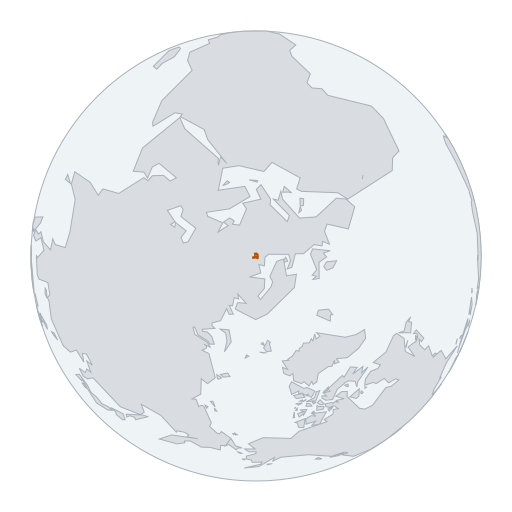 the Earth from above Vilniaus, rotated 177°
{"feature_id": "LTU-1075", "entity_name": "Vilniaus", "entity_type": "County", "adm_level": 1, "iso_a3": "LTU", "parent_name": "Lithuania", "parent_adm1": "", "projection": "orthographic", "projection_center": [25.254, 54.825], "detail": "fine", "context": "on_globe", "style": "filled", "palette": "amber", "viewbox_px": 512, "rotation_deg": 177, "n_neighbors": 0, "source": "natural_earth", "source_scale": "10m", "svg_char_len": 12483}
<svg xmlns="http://www.w3.org/2000/svg" viewBox="0 0 512 512"><g transform="rotate(177 256 256)"><circle cx="256" cy="256" r="225" fill="#eef3f6" stroke="#a8b0b8"/><path d="M111.8,83.0L133.0,67.7L119.8,76.5L127.8,70.8L127.3,71.1L141.2,62.7L152.0,56.8L169.2,50.9L180.8,53.0L174.4,54.8L177.9,55.5L186.1,53.5L190.7,52.0L214.0,54.8L241.4,53.8L249.9,50.3L248.2,53.9L264.1,45.6L278.9,44.9L262.3,47.8L260.7,49.9L270.7,50.2L271.2,52.4L276.4,53.9L276.1,56.7L266.5,58.6L266.1,60.6L273.2,60.7L277.5,63.9L267.0,63.3L273.3,68.9L258.3,74.2L230.6,72.0L222.3,78.7L193.8,86.9L196.4,89.1L187.3,94.1L186.9,98.6L181.8,99.3L185.9,102.4L190.7,101.0L194.2,102.0L194.4,104.7L187.8,105.8L186.8,104.6L185.0,106.4L181.6,105.9L183.4,107.6L175.4,108.9L183.6,111.7L177.4,116.1L172.0,115.9L172.3,110.7L160.6,98.5L155.3,97.4L147.5,100.8L133.2,117.8L127.4,119.1L119.8,124.7L123.0,126.1L130.2,122.4L134.4,127.0L142.7,122.3L145.6,123.6L154.2,121.3L153.1,127.5L147.4,134.9L140.2,137.3L137.5,140.8L144.5,143.5L131.3,153.2L122.9,169.2L119.5,171.3L112.4,165.9L111.9,152.9L102.8,147.4L108.9,157.1L100.2,162.9L98.8,166.6L99.4,170.0L102.8,170.3L99.9,173.8L92.7,165.2L95.3,161.8L97.5,164.5L97.2,158.6L92.4,153.5L88.3,157.3L85.2,146.9L82.3,149.6L80.0,149.0L84.9,145.3L76.1,152.0L71.8,143.4L59.7,155.8L71.4,139.4L75.4,131.7L79.2,123.9L77.2,125.7L85.0,113.9L87.5,108.2L81.6,113.4L77.2,119.0L87.8,106.1L99.4,94.1L111.8,83.0ZM69.6,129.6L65.5,135.8L66.2,135.4L62.1,143.3L58.4,147.8L69.6,129.6ZM57.6,149.2L50.1,165.0L48.2,169.0L57.6,149.2ZM39.0,195.4L38.2,198.4L38.4,199.2L37.7,206.1L35.2,213.5L36.7,212.4L34.9,221.3L34.9,240.9L34.3,241.0L33.9,266.7L37.5,289.1L38.3,299.0L37.5,300.2L39.6,307.7L39.7,310.0L51.7,339.6L60.8,358.7L62.6,366.2L58.9,364.2L60.7,368.3L53.1,353.9L46.6,339.0L41.1,323.7L36.8,308.0L33.6,292.1L31.6,275.9L30.8,259.7L31.1,243.4L32.6,227.2L35.2,211.2L39.0,195.4ZM56.7,158.7L47.5,182.7L49.6,172.9L49.7,173.9L52.7,166.9L57.2,156.2L59.9,148.5L56.7,158.7ZM59.8,160.7L61.1,157.1L60.2,160.2L59.8,160.7ZM192.7,51.1L186.2,53.3L178.6,54.5L183.9,52.4L192.7,51.1ZM207.3,50.1L204.4,51.5L200.8,50.0L203.5,49.7L207.3,50.1ZM255.8,47.5L250.5,47.8L255.5,46.9L255.8,47.5ZM277.2,53.7L278.5,53.0L280.6,54.1L277.2,53.7ZM154.2,118.1L154.1,119.7L152.6,119.3L154.2,118.1ZM157.9,115.8L156.1,114.2L157.6,112.9L158.7,113.8L157.9,115.8ZM282.1,59.5L285.1,61.8L280.4,59.8L282.1,59.5ZM159.8,118.0L160.5,110.7L163.3,108.5L169.7,110.4L159.8,118.0ZM285.7,63.3L293.0,69.2L296.6,68.0L290.5,75.1L286.3,67.5L280.0,65.1L284.6,65.1L285.7,63.3ZM192.2,99.4L187.1,101.0L191.1,97.3L192.2,99.4ZM193.9,96.8L201.4,84.7L209.1,84.0L205.0,88.0L214.8,85.4L214.8,90.9L209.5,93.6L204.5,93.0L208.3,95.7L193.9,96.8ZM285.9,78.3L286.3,80.1L284.1,78.6L285.9,78.3ZM195.9,102.1L196.7,99.6L203.4,98.7L202.9,103.6L200.9,102.3L195.9,102.1ZM217.3,82.1L222.2,82.5L223.6,87.0L225.7,87.8L215.5,91.0L217.3,82.1ZM199.5,103.9L202.5,106.2L199.6,109.1L195.5,104.6L199.5,103.9ZM205.3,96.5L208.5,96.4L206.6,98.0L205.3,96.5ZM190.8,121.2L191.7,117.9L195.2,117.1L190.8,121.2ZM203.9,106.9L204.9,105.9L206.4,105.3L207.7,107.4L203.9,106.9ZM217.1,94.1L216.7,96.0L221.4,93.0L222.6,96.5L215.6,98.1L219.1,98.9L219.5,100.0L213.3,100.1L217.1,94.1ZM213.5,107.8L205.0,111.4L202.7,117.4L199.4,118.2L203.8,108.4L213.5,107.8ZM214.0,103.2L213.0,106.2L209.4,105.5L208.0,103.1L214.0,103.2ZM226.0,98.4L225.9,92.6L227.4,92.5L226.0,98.4ZM213.6,109.6L215.6,108.8L213.8,110.1L213.6,109.6ZM222.9,101.9L222.7,99.8L224.5,99.8L222.9,101.9ZM219.9,108.8L217.2,109.9L216.0,108.3L219.9,108.8ZM221.9,105.8L224.3,106.2L217.3,107.0L221.5,104.8L221.9,105.8ZM224.6,102.2L225.6,101.5L224.5,103.1L224.6,102.2ZM225.7,114.7L217.1,116.2L214.7,112.4L223.3,111.5L225.7,114.7ZM121.5,386.6L107.7,353.5L114.4,346.9L115.5,334.2L161.3,308.0L171.2,314.9L207.4,318.2L211.9,320.9L207.8,331.7L235.1,348.7L243.7,340.0L268.3,347.1L284.6,345.4L290.2,323.6L263.5,326.1L258.8,315.7L280.0,304.5L303.3,302.2L302.2,298.2L287.4,290.9L292.6,282.0L282.3,287.7L286.6,291.6L280.2,295.4L275.9,292.2L277.9,289.0L270.8,287.7L263.0,303.7L266.5,309.4L248.1,312.5L252.2,322.5L247.3,327.0L238.5,312.0L239.3,306.4L223.0,288.7L220.5,294.7L235.7,312.0L231.0,310.5L227.8,319.4L226.5,311.4L210.6,291.6L193.9,291.9L172.8,309.6L163.1,308.1L154.8,300.0L162.4,278.2L183.4,284.2L186.3,277.1L182.0,264.0L188.7,267.1L189.5,262.7L197.5,264.3L208.5,255.8L216.6,256.2L220.8,242.8L225.5,241.4L221.7,249.6L223.3,255.9L243.2,257.1L247.1,254.3L248.2,245.6L253.6,247.3L252.1,238.8L263.6,235.4L248.4,232.7L249.4,223.1L256.2,215.8L253.8,212.3L242.7,224.2L240.7,229.5L243.3,234.8L235.5,249.6L228.7,251.5L226.6,234.6L216.6,235.7L219.3,222.6L247.8,197.4L259.7,192.5L279.5,204.1L276.8,210.4L268.3,209.2L276.2,219.0L275.6,214.0L280.0,215.6L282.0,207.4L285.3,208.1L281.7,199.1L285.9,199.2L288.1,204.9L294.7,193.3L303.4,191.5L303.4,188.5L300.8,185.9L313.6,185.6L313.0,183.5L308.6,182.7L304.5,178.1L302.2,170.1L306.8,170.4L308.2,173.3L318.0,180.3L321.1,188.5L322.7,187.9L321.1,180.9L309.1,172.3L306.5,167.4L312.6,170.5L310.2,169.0L310.3,166.7L314.7,164.8L308.1,161.0L303.1,136.6L311.1,131.0L317.1,136.3L318.4,120.9L327.3,116.7L323.2,115.9L321.0,108.6L318.2,109.8L316.1,108.9L309.3,91.7L311.3,88.2L303.7,80.7L301.6,80.4L299.8,82.5L290.5,75.1L296.6,68.0L301.1,68.9L301.9,64.2L312.0,67.3L320.7,68.0L331.3,74.8L337.2,75.0L336.8,73.2L344.7,72.5L362.1,78.3L349.7,81.7L323.8,76.6L334.5,79.1L332.6,81.1L336.7,83.7L344.2,85.6L344.8,84.2L359.3,101.8L378.3,113.9L375.8,105.8L379.9,103.7L399.3,112.5L425.2,142.9L430.9,142.1L435.0,145.4L438.3,153.1L432.5,148.5L430.9,152.1L427.0,148.5L430.4,160.0L425.1,155.5L430.4,167.0L434.5,167.8L433.5,159.0L440.3,171.5L446.4,169.7L453.2,176.5L463.7,203.9L465.1,222.0L466.5,225.4L463.9,228.0L465.2,240.4L474.0,244.3L475.4,248.8L475.3,268.5L474.4,265.7L467.5,272.7L469.7,285.4L475.1,282.5L477.1,288.3L474.5,293.8L472.0,289.3L469.5,291.5L467.7,281.5L460.9,272.9L458.0,283.8L455.9,277.9L446.0,274.4L440.6,289.6L433.6,321.8L436.6,337.6L432.5,349.6L417.6,338.1L410.4,324.9L405.4,331.0L389.8,325.6L364.0,340.1L360.0,336.9L355.2,341.6L344.1,341.3L337.9,335.3L331.4,338.3L347.9,353.6L354.9,350.3L360.3,339.5L363.6,345.7L374.2,347.0L363.7,369.8L324.8,398.3L320.5,386.8L288.4,355.3L289.1,350.6L288.9,350.1L288.5,349.2L286.1,357.0L280.4,349.9L298.0,374.6L301.2,385.1L324.2,399.1L322.2,401.6L329.4,403.3L352.1,391.0L352.3,395.0L341.9,416.1L310.1,444.7L314.1,454.8L311.4,463.0L291.1,470.8L292.4,474.4L281.9,476.9L280.9,478.4L272.1,480.2L257.7,481.2L233.7,480.1L232.5,479.7L221.0,476.5L205.2,464.7L211.6,459.5L209.6,453.4L192.2,435.1L196.0,426.3L191.3,420.9L181.5,419.6L176.0,412.8L170.1,410.9L132.9,399.7L121.5,386.6ZM145.9,327.2L144.7,331.1L145.9,327.2ZM328.5,310.2L342.1,306.2L335.1,294.4L339.7,292.0L335.6,289.0L334.5,293.6L324.4,284.8L329.9,278.5L327.8,272.7L323.1,273.8L314.6,286.9L329.0,299.4L326.3,306.1L328.5,310.2ZM35.0,241.4L34.7,245.3L34.5,242.1L35.0,241.4ZM48.2,174.2L47.0,178.3L45.9,181.3L46.4,178.7L48.2,174.2ZM42.6,207.6L42.0,212.8L41.9,208.6L42.6,207.6ZM46.5,186.4L42.9,203.7L42.7,196.4L45.2,185.7L44.4,191.4L46.5,186.4ZM56.9,162.5L55.8,165.4L55.0,165.8L56.9,162.5ZM59.1,163.0L59.3,162.1L60.5,160.0L59.1,163.0ZM100.6,163.4L101.1,164.2L100.9,168.0L99.5,166.9L100.6,163.4ZM109.5,182.0L104.6,187.2L107.1,182.5L104.1,181.7L105.6,171.2L117.8,171.9L112.0,173.3L109.5,182.0ZM111.1,157.8L108.7,164.1L110.8,157.2L111.1,157.8ZM186.2,238.0L188.9,241.9L185.8,246.5L175.7,247.0L179.9,240.1L186.2,238.0ZM193.4,246.5L194.1,230.2L200.5,229.6L196.8,232.6L200.9,233.9L196.1,239.1L201.5,254.9L199.1,260.1L181.6,257.4L188.6,255.3L185.5,251.4L193.4,246.5ZM184.8,193.2L185.2,187.1L198.4,193.6L196.5,198.6L186.3,199.1L182.5,193.5L184.8,193.2ZM171.0,123.3L170.3,121.3L172.1,120.8L174.2,122.3L171.0,123.3ZM190.9,119.7L176.0,132.2L174.4,130.3L167.6,140.3L160.8,139.5L165.5,133.0L155.1,140.1L156.6,133.9L150.0,139.3L161.1,124.9L162.1,119.9L163.6,125.7L169.8,126.5L172.8,125.4L181.9,118.6L187.0,108.7L193.9,108.3L197.5,110.6L197.4,112.9L192.9,112.4L195.9,115.9L189.3,116.9L190.9,119.7ZM235.4,143.4L230.3,141.0L235.3,149.8L228.7,150.2L229.7,151.2L224.9,154.1L220.9,159.5L217.9,158.8L217.7,161.3L214.5,163.4L213.2,166.5L207.3,166.5L205.1,170.5L203.6,168.2L201.4,175.1L200.4,170.0L196.3,172.6L199.5,176.2L171.2,170.2L160.1,172.3L151.4,176.9L150.8,168.1L158.5,158.3L170.2,149.7L180.9,149.3L178.7,145.6L183.2,144.3L183.1,147.8L185.9,141.8L189.6,141.8L200.0,135.3L201.9,127.1L205.7,124.7L206.8,127.9L209.9,123.4L214.5,127.9L217.4,126.3L224.9,129.5L225.3,136.8L228.5,134.6L234.3,137.1L235.4,143.4ZM227.7,115.8L229.7,124.1L227.1,128.5L215.2,121.3L212.0,122.0L204.2,118.0L208.1,111.8L210.0,113.5L212.7,113.7L210.4,115.5L214.3,114.3L216.9,116.6L220.7,116.3L220.3,119.0L227.7,115.8ZM217.1,317.2L220.6,318.2L226.1,318.3L224.1,324.1L217.1,317.2ZM206.0,303.9L209.2,303.6L209.1,311.5L205.4,310.7L206.0,303.9ZM211.0,297.0L209.3,303.0L208.1,299.3L211.0,297.0ZM224.6,249.0L228.0,248.4L228.3,250.4L226.4,253.3L224.6,249.0ZM248.7,171.2L246.2,168.8L247.2,167.6L245.7,160.3L250.4,159.7L253.2,163.8L248.7,171.2ZM285.6,327.9L280.9,332.6L278.5,330.9L280.6,329.6L285.6,327.9ZM251.0,329.7L258.9,332.4L250.4,331.3L251.0,329.7ZM253.6,169.3L252.4,166.3L255.6,167.9L253.6,169.3ZM253.8,158.8L257.5,159.9L250.8,158.7L253.8,158.8ZM348.6,450.8L332.0,465.7L321.8,468.8L320.5,467.0L327.1,459.2L339.3,453.4L345.4,447.7L348.6,450.8ZM476.4,302.8L477.2,298.6L477.6,296.7L476.4,302.8ZM477.1,299.3L474.5,306.4L466.8,306.2L469.6,300.1L476.8,292.2L476.5,295.3L478.1,292.2L477.1,299.3ZM480.3,277.2L480.1,278.8L479.9,275.3L480.1,269.4L480.6,264.9L479.5,234.4L479.8,231.2L480.8,242.1L481.3,259.6L480.3,277.2ZM437.6,338.2L442.4,342.6L439.7,347.3L437.6,338.2ZM476.8,218.2L478.8,231.0L476.2,217.0L476.8,218.2ZM473.9,207.4L475.0,209.7L474.2,210.0L473.9,207.4ZM468.6,229.4L468.2,234.9L467.1,233.0L466.9,224.9L468.6,229.4ZM458.5,182.4L462.6,188.2L464.0,191.1L461.8,189.9L458.5,182.4ZM292.5,162.0L289.4,172.7L290.3,180.5L295.7,184.9L286.7,183.6L285.3,171.5L292.5,162.0ZM301.4,139.6L296.6,136.2L299.4,134.9L300.9,135.5L301.4,139.6ZM297.9,139.5L290.5,140.7L288.3,137.0L294.6,136.8L297.9,139.5ZM272.1,154.6L270.8,157.7L268.4,156.3L272.1,154.6ZM476.8,211.4L476.8,211.8L478.0,218.5L474.5,202.0L475.1,203.6L476.8,211.4ZM475.1,205.3L476.3,211.6L474.3,203.0L475.1,205.3ZM476.0,211.2L475.0,208.5L474.6,205.3L476.0,211.2ZM474.7,203.1L472.6,196.7L473.4,198.1L474.7,203.1ZM472.2,202.8L473.3,200.3L473.8,208.2L468.7,198.2L468.1,193.6L472.2,202.8ZM436.5,138.6L433.8,137.0L431.9,132.6L434.3,134.9L436.5,138.6ZM423.0,117.7L430.5,130.9L436.0,142.2L436.6,140.6L442.1,147.1L438.6,147.1L431.2,136.0L427.8,128.3L422.8,123.7L417.5,116.5L411.6,113.3L407.8,109.4L412.1,110.0L423.0,117.7ZM409.1,112.3L396.9,105.4L395.3,99.3L397.7,99.4L403.9,105.1L404.4,107.9L409.1,112.3ZM393.5,102.0L393.8,104.8L376.6,103.0L372.5,101.1L384.8,98.8L385.8,101.4L390.3,103.1L393.5,102.0ZM288.6,79.8L286.5,80.1L287.6,78.7L288.6,79.8ZM314.6,109.7L311.9,108.2L313.3,106.5L314.6,109.7ZM305.1,103.4L305.5,106.4L303.2,103.1L305.1,103.4ZM306.6,113.2L304.7,107.5L309.2,113.2L306.6,113.2Z" fill="#d9dde1" stroke="#a8b0b8" stroke-width="1"/><path d="M259.3,254.3L259.2,254.3L259.1,254.5L259.1,254.8L258.7,254.7L258.7,254.8L258.4,254.7L258.2,254.9L258.2,255.0L258.1,255.3L257.9,255.5L257.6,255.5L257.4,255.5L257.2,255.8L257.2,256.0L257.1,256.4L257.1,256.5L257.1,256.9L257.1,257.0L256.9,257.2L256.8,257.3L256.8,257.5L256.7,257.8L256.6,258.0L256.8,258.0L257.0,258.0L257.2,258.3L257.2,258.6L256.9,258.7L256.7,258.7L256.6,258.4L256.5,258.1L256.4,258.1L256.3,258.3L256.1,258.3L255.9,258.2L255.9,258.3L255.8,258.5L255.7,258.7L255.3,258.7L255.2,258.7L254.9,258.4L255.1,258.1L255.2,257.9L255.3,257.8L255.3,257.7L255.1,257.5L254.9,257.6L254.7,257.5L254.4,257.6L254.2,257.5L254.1,257.4L254.1,257.2L254.1,256.9L254.3,256.8L254.3,256.7L254.2,256.7L254.3,256.5L254.4,256.4L254.5,256.4L254.6,256.2L254.8,255.9L255.0,255.7L254.9,255.6L254.7,255.6L254.5,255.4L254.4,255.4L254.5,255.3L254.5,255.2L254.5,254.9L254.4,254.8L254.4,254.7L254.2,254.6L254.3,254.5L254.3,254.4L254.2,254.4L254.1,254.2L254.1,253.9L254.2,253.7L254.3,253.7L254.4,253.4L254.5,253.4L254.9,253.5L255.0,253.6L254.9,253.6L254.9,253.8L255.0,253.8L255.3,253.9L255.4,254.0L255.6,254.0L255.7,254.3L255.7,254.2L255.8,254.2L255.8,254.3L255.8,254.5L256.0,254.5L255.9,254.6L255.7,254.7L255.7,254.8L255.8,255.0L256.0,255.2L256.3,255.2L256.6,255.1L256.8,255.0L257.0,255.1L257.1,254.9L257.1,254.7L256.9,254.5L256.9,254.4L257.0,254.3L257.0,254.2L257.3,254.1L257.5,254.1L257.8,254.1L258.0,254.1L258.0,254.3L258.3,254.4L258.7,254.4L258.9,254.3L259.1,254.3L259.1,254.2L259.3,254.2L259.3,254.3L259.3,254.3Z" fill="#f59e0b" stroke="#b45309" stroke-width="1.5"/></g></svg>